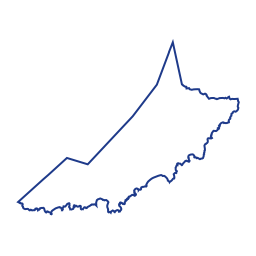 the district of West Guadalcanal, Guadalcanal, Solomon Islands, rotated 269°
{"feature_id": "97153195B83823462382784", "entity_name": "West Guadalcanal", "entity_type": "district", "adm_level": 2, "iso_a3": "SLB", "parent_name": "Solomon Islands", "parent_adm1": "Guadalcanal", "projection": "albers", "projection_center": [159.663, -9.546], "detail": "fine", "context": "isolated", "style": "outline", "palette": "blue", "viewbox_px": 256, "rotation_deg": 269, "n_neighbors": 0, "source": "geoboundaries", "source_scale": "gbopen_adm2", "svg_char_len": 5607}
<svg xmlns="http://www.w3.org/2000/svg" viewBox="0 0 256 256"><g transform="rotate(269 128 128)"><path d="M55.9,16.8L55.5,17.6L55.2,18.6L54.9,18.5L54.6,19.0L54.4,19.7L54.5,20.6L54.2,21.1L53.6,21.4L52.2,20.9L51.8,21.0L51.3,21.6L50.2,21.7L49.4,22.3L48.7,23.7L48.9,26.1L48.7,26.8L47.4,28.1L47.4,28.5L48.0,29.3L47.8,29.9L47.3,30.6L47.5,32.2L47.4,32.9L47.6,33.4L48.5,33.8L48.4,34.0L48.6,34.4L49.1,34.6L49.2,35.3L48.9,35.9L47.4,36.5L47.8,36.8L47.9,37.7L48.4,37.8L48.5,38.4L49.3,38.7L49.6,40.2L49.5,40.9L49.7,41.8L49.1,42.7L46.7,43.3L45.8,43.8L45.1,44.4L45.0,44.9L46.0,45.6L46.0,46.0L45.6,46.3L45.6,47.0L45.0,47.8L44.9,48.7L44.5,49.4L44.1,49.6L43.3,49.4L43.1,50.0L43.3,50.2L43.6,50.2L44.3,49.6L44.6,49.6L46.3,50.4L46.9,51.1L48.9,54.2L49.8,56.8L50.1,58.2L50.0,58.4L49.7,58.6L49.7,59.1L49.6,59.4L48.7,60.1L48.4,60.1L48.2,60.5L47.5,60.9L46.9,60.7L46.9,60.9L47.9,61.2L48.0,61.4L48.8,61.2L49.2,61.4L50.2,62.1L50.8,62.2L50.8,62.6L50.5,63.0L50.6,63.9L52.3,65.4L53.0,65.8L53.4,66.5L53.8,67.6L53.8,67.9L53.4,68.2L52.2,68.0L51.8,68.2L51.2,68.2L50.3,67.7L49.6,67.9L49.2,68.4L47.7,68.8L47.8,69.0L47.5,70.0L48.1,71.8L49.4,72.2L50.7,72.3L51.7,72.9L51.4,73.6L50.7,73.8L51.1,74.1L51.1,75.0L50.3,75.9L50.2,76.6L50.5,77.5L51.0,78.2L51.0,79.0L50.8,79.3L50.1,79.5L49.3,79.3L47.8,79.5L47.4,80.0L47.7,81.2L47.6,81.5L47.9,81.6L49.5,83.0L49.3,84.2L48.6,84.7L48.7,85.3L49.0,85.7L49.7,86.2L51.0,88.8L51.5,89.3L52.0,90.2L51.8,90.3L52.2,91.3L52.0,92.2L52.3,92.7L52.3,93.1L51.5,94.5L51.1,94.9L51.6,94.8L52.3,95.0L53.6,94.8L56.4,95.6L57.3,96.8L57.4,97.5L57.8,98.3L58.0,99.1L57.2,101.0L56.6,101.5L56.7,102.0L56.5,102.5L56.1,103.0L56.3,103.4L56.3,105.1L55.1,106.5L54.2,107.1L51.5,106.1L50.7,105.9L49.3,105.9L47.1,106.7L46.7,106.6L46.1,106.7L45.2,106.6L44.1,106.9L43.5,106.7L43.8,107.0L44.4,108.3L44.2,108.9L43.7,109.3L44.8,109.7L45.8,111.3L45.2,112.5L44.7,113.0L44.4,112.9L44.1,113.3L45.2,114.1L45.8,115.0L46.1,115.9L45.8,117.1L45.3,117.4L44.5,117.5L44.6,118.4L45.8,119.1L46.3,119.7L47.2,119.9L48.5,119.5L49.4,118.9L50.2,118.0L51.3,117.7L52.2,117.9L52.4,118.2L52.2,118.7L52.3,118.8L52.7,118.4L53.5,118.7L53.7,119.1L53.6,119.6L53.3,120.3L53.0,120.5L52.9,121.1L52.5,121.5L52.2,121.6L52.3,122.1L51.9,122.7L52.0,123.2L52.5,123.5L53.4,123.4L53.6,123.5L53.9,123.5L54.9,124.4L55.6,124.2L55.7,124.4L55.9,124.3L56.1,124.6L56.1,124.8L56.3,125.0L56.0,125.5L56.6,126.0L57.3,125.9L57.6,126.2L57.5,126.6L57.2,126.6L57.1,126.9L58.0,127.5L58.8,127.3L59.3,127.6L59.5,128.1L59.4,128.6L61.1,131.0L60.8,132.3L61.0,133.3L62.5,133.4L63.2,133.1L64.0,133.4L64.6,133.4L65.0,133.0L66.1,133.5L67.0,134.4L67.4,135.4L67.3,136.0L66.7,137.1L66.3,137.4L66.2,137.3L66.0,137.6L65.8,137.6L66.3,138.0L66.3,138.3L66.1,139.5L66.7,140.0L68.0,140.1L68.4,140.3L68.9,141.5L68.9,142.7L69.4,144.0L69.1,145.0L69.5,145.5L70.0,145.6L71.0,145.3L73.0,146.4L74.2,147.3L76.2,149.7L77.1,151.0L77.9,152.6L79.7,157.5L80.3,159.8L80.3,160.7L79.4,161.9L79.5,163.3L79.2,163.9L77.6,165.6L76.7,166.3L75.3,166.9L74.7,166.9L73.8,168.3L73.3,168.5L73.5,168.6L73.4,168.8L73.7,169.0L73.8,169.5L74.8,170.8L76.3,172.0L76.9,172.9L76.8,173.3L77.4,173.5L79.0,173.4L81.0,172.9L82.1,174.0L82.3,174.9L82.1,175.4L82.2,175.5L82.6,175.4L83.0,175.5L83.8,176.1L84.0,176.1L84.3,175.6L84.5,175.3L85.3,175.0L87.5,174.9L88.5,175.5L89.7,175.9L90.1,176.4L90.0,176.8L90.9,176.8L91.0,176.5L91.3,176.5L91.7,176.9L91.9,177.6L91.5,178.4L91.4,179.7L90.8,180.3L90.3,180.7L89.9,181.2L90.1,181.5L90.7,181.8L92.2,183.0L93.0,183.9L93.8,184.5L94.1,185.0L94.2,185.5L94.3,185.7L93.9,186.3L93.9,186.9L93.5,187.8L93.3,187.9L93.3,188.6L94.1,189.0L94.3,188.9L94.5,188.4L96.8,188.2L96.8,187.9L97.9,187.7L99.4,188.2L100.0,189.2L100.4,190.4L100.5,192.3L100.0,193.0L99.0,193.8L98.5,193.9L97.8,193.7L97.5,193.8L97.4,194.1L97.7,194.6L97.4,195.4L97.3,195.6L96.6,196.0L96.6,196.3L97.0,196.7L96.7,197.5L95.6,199.3L95.7,199.8L96.1,200.4L96.2,201.7L96.7,202.5L98.7,203.2L100.3,203.3L100.6,203.7L101.8,203.6L102.7,204.1L103.8,204.0L104.4,204.5L106.0,204.5L109.0,204.1L110.1,204.6L110.6,205.1L110.8,205.8L111.2,206.0L111.7,206.9L112.4,207.4L113.6,207.6L115.2,207.3L116.1,207.6L116.4,208.6L116.2,209.5L116.1,211.0L116.5,211.8L117.3,211.4L117.8,210.7L118.2,210.7L119.4,211.0L119.7,211.5L120.4,211.4L120.8,211.7L121.4,211.7L123.4,213.2L123.7,213.5L123.4,216.0L124.3,217.3L125.0,217.7L125.7,218.9L126.0,219.0L126.5,218.1L127.2,219.0L127.9,219.6L128.7,219.8L128.7,219.2L128.8,219.1L130.4,220.3L131.1,221.0L131.5,221.7L132.0,223.0L131.9,223.5L131.3,224.0L131.5,224.6L131.2,225.3L131.2,227.0L131.5,227.5L131.9,229.0L132.2,229.1L133.0,228.8L134.2,229.0L134.8,229.4L135.1,230.0L135.5,230.4L136.0,230.5L136.7,230.3L138.2,231.2L138.5,231.6L139.5,231.6L140.4,231.7L141.0,232.8L141.8,233.0L142.6,233.9L142.8,234.8L142.4,235.9L143.0,236.9L144.4,238.2L146.2,238.7L147.2,238.2L147.7,238.1L149.2,238.4L151.9,239.2L152.8,238.6L154.3,238.4L154.8,238.0L155.2,238.1L155.3,238.1L155.1,234.7L155.3,232.6L154.9,231.0L155.6,230.1L157.5,229.6L157.3,229.1L155.8,227.2L156.5,225.9L156.0,225.0L156.4,223.5L156.3,220.2L155.3,217.4L155.7,216.7L155.7,216.1L156.5,214.4L156.5,211.5L155.8,209.5L159.0,207.1L159.4,207.3L160.3,206.8L160.8,206.1L161.0,205.6L160.3,203.8L161.5,201.5L162.1,200.9L163.7,200.2L165.4,199.8L165.6,198.5L165.5,194.5L165.1,192.4L165.7,190.3L166.8,189.7L166.5,187.2L168.1,187.1L168.3,186.8L168.2,186.1L169.1,184.6L169.7,183.7L170.3,183.4L170.6,182.7L212.9,174.3L203.2,170.3L202.9,170.3L170.8,157.6L139.6,132.9L92.4,87.1L99.1,66.4L82.4,47.4L78.2,42.4L55.9,16.8ZM62.4,134.2L62.2,133.8L61.4,133.7L60.7,134.2L61.0,134.7L61.6,134.8L62.4,134.2ZM60.8,133.6L60.5,133.0L60.4,133.0L60.1,133.6L60.4,133.9L60.8,133.9L60.8,133.6Z" fill="none" stroke="#1e3a8a" stroke-width="2"/></g></svg>